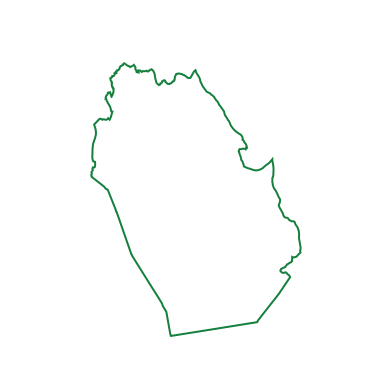 Kayonza, Eastern, Rwanda (Equal Earth projection), rotated 152°
{"feature_id": "39286606B59170295238138", "entity_name": "Kayonza", "entity_type": "district", "adm_level": 2, "iso_a3": "RWA", "parent_name": "Rwanda", "parent_adm1": "Eastern", "projection": "equal_earth", "projection_center": [30.553, -1.862], "detail": "fine", "context": "isolated", "style": "outline", "palette": "green", "viewbox_px": 384, "rotation_deg": 152, "n_neighbors": 0, "source": "geoboundaries", "source_scale": "gbopen_adm2", "svg_char_len": 5989}
<svg xmlns="http://www.w3.org/2000/svg" viewBox="0 0 384 384"><g transform="rotate(152 192 192)"><path d="M131.7,297.9L133.6,297.5L139.8,293.5L141.6,294.2L142.4,295.2L142.9,296.8L144.2,299.0L145.1,299.9L145.4,300.7L146.3,301.3L147.4,302.4L148.6,303.1L150.1,303.3L150.2,303.5L150.7,303.5L151.0,303.3L151.9,302.4L152.4,302.2L153.1,301.7L153.9,300.4L154.1,299.9L154.3,299.7L154.8,299.6L155.3,298.6L155.5,298.5L155.9,298.5L156.5,298.4L157.2,298.7L157.5,298.3L157.6,298.2L158.3,298.2L158.6,298.0L159.3,297.8L160.2,297.9L160.6,298.1L161.2,297.9L161.4,298.1L161.6,298.1L162.8,299.0L163.3,300.7L163.8,301.5L163.8,301.9L163.4,302.7L163.4,302.9L163.5,303.2L164.1,303.8L164.9,303.8L165.3,303.7L165.8,303.7L166.4,303.8L167.0,302.8L168.3,302.4L168.7,302.7L168.9,302.5L169.1,302.6L169.3,302.4L169.9,301.9L170.4,301.9L170.9,302.2L171.2,302.1L172.1,304.9L171.4,308.2L171.2,309.0L171.0,309.5L170.5,311.6L169.7,313.1L169.6,313.6L169.3,316.9L170.0,319.3L170.8,319.3L171.6,319.6L172.9,319.2L173.5,319.1L173.8,319.2L174.5,319.1L174.7,319.3L175.0,320.3L175.4,320.5L176.5,320.6L177.8,321.3L178.4,321.5L178.7,321.8L179.2,321.8L179.5,321.6L180.1,321.6L180.6,323.2L180.9,323.7L181.8,324.3L182.5,324.5L183.0,322.5L183.6,322.8L184.3,323.7L184.6,323.9L184.2,325.7L184.3,326.9L184.0,327.8L183.7,328.0L183.5,328.6L183.4,329.4L183.5,329.6L183.5,329.8L183.6,331.5L184.5,331.3L188.0,331.3L188.2,331.8L188.2,332.2L188.8,332.9L189.3,333.6L190.0,334.4L190.6,336.0L191.3,337.2L191.5,337.5L192.1,337.3L192.7,337.3L193.0,337.0L193.2,336.6L193.5,336.4L193.9,336.7L194.4,336.7L194.6,336.6L194.8,336.6L195.1,336.5L195.5,336.7L196.1,336.6L197.2,336.0L197.7,335.6L197.8,335.2L198.1,335.1L198.5,334.6L198.9,334.4L199.5,334.5L199.9,334.3L200.5,334.5L200.5,334.2L201.4,333.9L201.5,334.0L201.7,333.9L202.4,334.2L202.7,334.1L202.7,332.9L202.9,332.4L203.7,332.5L204.0,332.7L204.6,333.3L204.8,333.3L205.0,332.5L205.3,332.0L206.1,331.3L207.0,331.2L207.9,331.8L208.4,331.7L208.5,331.4L208.8,330.9L209.2,331.0L209.8,330.7L210.6,330.8L210.5,330.4L211.1,329.9L211.3,328.9L211.4,327.8L211.3,327.6L211.1,327.4L211.1,327.0L211.3,326.6L211.5,326.4L211.6,326.2L211.6,325.2L212.1,325.1L212.5,324.6L213.0,322.9L212.7,322.4L213.2,321.7L213.0,321.2L212.8,321.0L213.2,320.4L212.8,319.9L213.1,319.2L214.0,318.0L214.3,317.2L215.6,316.1L216.2,315.6L216.2,315.4L218.3,313.9L218.4,314.3L217.5,318.6L219.4,319.1L219.4,318.6L222.7,317.1L223.9,316.0L223.9,315.4L224.1,315.2L223.9,315.2L224.5,312.2L224.3,311.1L224.6,310.1L224.4,308.9L224.3,305.8L224.5,304.5L225.4,301.1L225.1,300.9L225.1,300.3L224.7,300.2L228.4,296.3L230.8,294.5L231.0,295.0L231.4,296.5L232.5,296.0L233.6,296.0L234.6,296.5L235.3,297.3L236.3,297.9L236.7,297.9L237.0,298.1L237.3,298.0L237.5,298.7L237.8,298.9L238.6,299.7L239.2,300.0L246.8,297.5L247.4,293.8L248.1,291.4L249.1,289.2L250.0,287.7L252.2,285.2L256.7,281.0L259.5,276.9L263.8,269.3L264.3,268.0L264.7,266.5L264.8,265.4L264.0,264.6L263.7,264.5L263.5,264.2L264.2,262.4L265.2,260.8L266.0,259.8L266.4,259.6L267.1,259.6L268.0,260.3L269.1,259.1L269.2,258.0L269.4,257.8L271.5,256.7L271.8,255.2L272.8,254.6L273.0,254.1L273.1,253.6L273.0,252.9L273.1,252.7L273.5,252.5L267.1,238.1L266.5,235.1L265.3,233.7L267.7,212.0L268.2,210.7L268.2,210.3L267.9,209.8L274.8,165.4L274.5,164.3L274.8,163.8L272.5,131.0L271.2,113.9L270.8,107.0L271.0,106.7L271.1,106.4L271.3,104.6L271.1,101.3L270.9,100.7L271.0,100.1L270.9,98.3L272.9,92.1L277.8,77.0L277.9,76.7L277.8,76.3L277.9,75.7L278.3,75.2L278.2,74.8L195.5,46.5L194.2,47.5L193.2,48.0L192.1,48.4L189.4,49.7L162.9,61.4L145.3,70.8L145.2,71.3L145.5,73.3L146.2,74.4L146.6,76.6L147.4,77.3L149.0,77.5L150.1,78.3L150.7,79.3L150.7,80.1L151.0,81.0L150.4,81.6L149.9,81.8L149.4,82.3L144.8,82.0L144.1,82.6L142.8,83.0L142.0,83.5L141.4,83.3L139.5,83.6L137.3,83.5L136.8,83.9L135.9,84.1L135.8,84.9L134.9,86.0L134.6,86.4L134.5,86.9L134.4,87.0L134.2,87.0L134.0,87.5L133.6,86.9L132.9,86.5L130.6,85.9L129.9,85.9L126.9,87.1L125.5,87.3L124.6,87.6L124.4,88.7L124.2,89.3L123.6,89.7L122.0,92.4L121.7,93.3L121.5,94.2L119.0,101.5L118.5,102.4L117.4,104.0L116.4,106.6L116.0,107.5L115.9,107.9L115.8,109.4L115.4,111.1L115.8,114.2L115.8,114.7L115.8,115.5L115.6,116.7L115.4,117.2L115.9,118.3L117.8,119.3L118.0,119.8L118.1,120.1L118.4,120.3L119.3,121.5L119.5,123.4L119.8,124.3L121.4,125.5L121.9,126.0L122.2,127.0L122.3,128.3L122.2,129.1L122.0,129.4L121.8,130.4L121.8,131.3L121.9,132.0L121.9,133.9L121.8,134.3L122.0,136.1L121.9,139.1L121.8,139.3L121.0,140.1L120.8,140.5L120.2,140.8L119.5,141.5L118.3,143.0L118.0,143.5L117.8,143.9L117.7,144.7L117.8,146.9L117.7,148.7L117.6,149.8L117.4,151.1L117.5,151.4L117.5,154.2L117.9,156.7L117.8,157.6L117.4,160.3L116.8,161.6L116.5,162.8L116.2,163.5L114.4,166.7L114.1,167.0L113.3,167.4L112.7,168.1L112.3,168.8L111.0,170.9L109.4,173.7L108.7,175.0L108.6,175.3L107.8,177.3L106.4,181.8L105.7,183.2L110.2,181.4L114.0,180.9L116.8,180.3L118.3,179.9L120.6,179.8L123.2,180.2L125.6,181.1L127.4,182.6L132.2,187.6L133.7,189.7L134.2,190.2L133.8,191.2L133.6,192.0L133.1,195.5L133.2,196.2L133.4,196.7L133.4,197.5L133.0,198.4L132.6,200.0L132.2,202.1L132.2,202.9L131.7,204.7L131.8,204.7L131.8,205.3L131.7,206.0L130.5,207.2L130.2,207.2L129.8,207.5L128.3,206.7L126.9,206.5L125.1,205.3L124.6,204.5L123.8,205.4L123.6,205.1L123.4,205.0L123.1,205.1L122.9,205.0L122.7,205.1L122.8,205.4L122.6,205.5L122.5,206.3L122.2,206.9L122.2,207.2L122.0,207.8L122.1,208.8L121.9,209.2L122.0,209.5L122.2,210.4L122.4,210.9L122.3,213.1L122.5,213.7L122.9,214.5L122.4,214.9L121.9,215.8L121.8,216.6L121.7,217.8L121.9,219.3L122.5,220.5L123.6,222.3L123.7,222.6L125.0,225.2L126.0,228.8L126.5,232.0L126.5,233.0L126.2,235.0L126.1,237.6L126.4,238.4L126.4,239.9L126.5,240.7L126.5,241.6L126.8,244.4L126.4,246.4L126.0,247.7L125.9,248.5L126.2,250.0L126.2,251.2L126.4,251.7L126.5,253.1L126.6,253.5L126.6,254.0L127.0,255.8L127.1,257.2L126.9,258.2L127.0,259.8L127.7,262.2L127.7,263.2L127.9,265.7L128.5,267.5L129.3,268.8L129.6,270.4L132.0,273.8L132.9,280.3L132.7,285.6L132.0,288.0L131.8,290.3L132.2,295.3L131.7,297.9Z" fill="none" stroke="#15803d" stroke-width="2"/></g></svg>